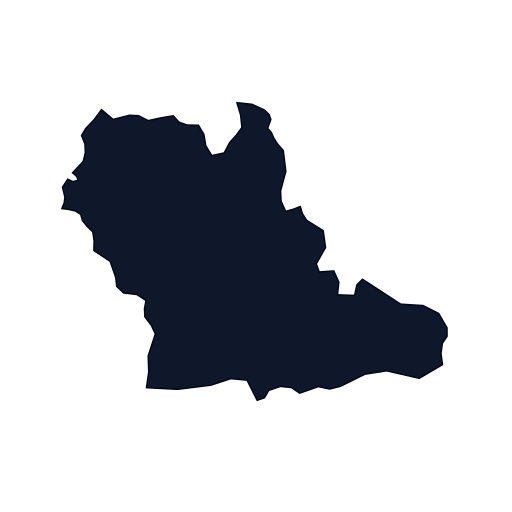 outline of Sliven, rotated 280°
{"feature_id": "BGR-2231", "entity_name": "Sliven", "entity_type": "Province", "adm_level": 1, "iso_a3": "BGR", "parent_name": "Bulgaria", "parent_adm1": "", "projection": "equal_earth", "projection_center": [26.271, 42.597], "detail": "fine", "context": "isolated", "style": "filled", "palette": "ink", "viewbox_px": 512, "rotation_deg": 280, "n_neighbors": 0, "source": "natural_earth", "source_scale": "10m", "svg_char_len": 1430}
<svg xmlns="http://www.w3.org/2000/svg" viewBox="0 0 512 512"><g transform="rotate(280 256 256)"><path d="M181.4,458.5L163.9,438.0L165.6,404.5L158.5,383.8L142.4,361.9L137.8,351.6L138.2,340.1L128.5,322.8L132.6,313.7L131.8,302.7L125.8,291.8L117.9,289.0L114.1,282.2L132.2,268.7L130.8,252.4L121.0,234.1L111.1,201.9L107.3,171.0L123.2,170.5L138.9,167.2L161.8,170.4L169.6,164.9L176.8,157.1L184.9,155.3L193.1,155.4L197.4,145.3L196.6,132.1L201.9,124.1L210.3,121.7L225.4,113.3L233.2,95.4L242.5,94.0L251.4,91.1L255.8,84.6L260.9,78.8L266.6,76.2L269.0,70.1L269.3,63.1L269.0,56.6L274.9,57.9L280.7,57.6L290.2,53.5L299.0,57.3L297.4,62.7L299.8,67.8L303.4,65.4L306.1,60.9L319.1,69.4L328.0,70.0L336.6,68.1L344.4,63.3L352.1,66.2L362.3,73.0L373.3,78.4L365.7,91.5L372.6,106.9L373.8,115.9L370.6,126.3L375.6,138.5L379.7,150.2L374.5,156.8L373.0,165.2L374.8,176.6L366.8,183.5L355.9,187.4L347.2,195.0L352.0,206.8L363.1,210.3L371.6,215.6L380.1,219.8L392.1,216.4L403.7,210.6L404.7,225.6L401.2,239.1L397.6,244.3L393.1,246.9L383.7,245.3L380.4,249.6L375.4,252.9L370.0,257.8L364.7,264.5L344.5,270.7L324.3,268.9L314.3,271.2L305.1,277.5L308.7,284.9L312.4,291.0L305.8,294.3L299.9,299.7L292.6,317.8L276.4,323.0L258.7,316.7L251.3,321.1L254.8,335.2L244.6,342.1L231.9,343.0L234.3,359.9L245.2,360.4L251.6,364.9L233.7,406.8L236.2,429.1L231.1,445.9L218.4,456.6L210.1,458.1L202.4,454.7L192.2,455.1L181.4,458.5Z" fill="#0f172a" stroke="#020617" stroke-width="1.5"/></g></svg>